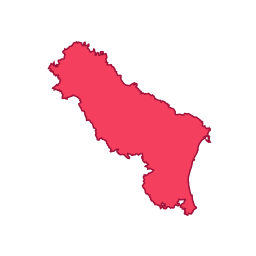 outline of Emilia-Romagna, Bologna, Italy, rotated 29°
{"feature_id": "23120603B93883326437068", "entity_name": "Emilia-Romagna", "entity_type": "district", "adm_level": 2, "iso_a3": "ITA", "parent_name": "Italy", "parent_adm1": "Bologna", "projection": "mercator", "projection_center": [11.577, 44.436], "detail": "fine", "context": "isolated", "style": "filled", "palette": "rose", "viewbox_px": 256, "rotation_deg": 29, "n_neighbors": 0, "source": "geoboundaries", "source_scale": "gbopen_adm2", "svg_char_len": 5797}
<svg xmlns="http://www.w3.org/2000/svg" viewBox="0 0 256 256"><g transform="rotate(29 128 128)"><path d="M29.7,114.5L32.1,114.0L32.7,114.7L32.1,115.6L33.6,115.9L34.2,115.7L34.5,114.9L35.1,114.9L35.6,115.8L36.0,115.7L37.5,117.3L38.5,116.7L39.6,117.4L40.1,116.3L40.8,116.3L41.0,115.5L41.8,116.1L41.9,117.5L42.9,118.1L43.5,117.7L43.6,118.6L44.6,118.2L45.7,118.7L45.5,119.8L46.5,121.0L45.9,123.3L46.0,124.7L44.5,124.7L44.6,125.8L44.0,126.6L43.9,127.8L42.9,128.8L42.8,129.7L44.6,129.2L45.0,130.4L45.9,129.2L49.0,128.9L49.4,128.0L50.5,128.3L50.8,129.0L51.8,128.2L53.7,130.0L54.8,130.2L55.8,133.6L56.3,134.0L58.2,132.4L59.6,132.6L59.7,131.9L60.6,131.9L60.2,131.3L60.4,130.6L63.7,127.0L63.9,125.9L68.4,125.4L72.3,126.1L72.6,127.4L73.7,127.4L74.1,128.2L74.3,128.8L73.3,130.7L74.4,131.9L77.1,133.3L79.3,135.2L81.8,134.6L84.4,137.7L85.1,137.9L85.5,138.7L86.4,138.8L88.0,141.3L90.3,139.9L90.9,140.0L92.9,141.2L94.7,141.2L97.8,144.5L99.6,144.2L100.7,144.8L101.2,145.3L100.8,146.2L102.5,147.9L102.9,148.6L102.7,149.1L103.0,149.9L105.9,151.8L106.7,153.1L108.5,152.7L108.3,151.2L109.6,149.6L110.8,150.3L112.3,149.8L115.7,150.1L116.7,151.6L118.0,152.2L118.4,152.8L120.7,153.6L120.9,154.4L122.4,154.3L123.3,154.8L124.1,155.9L123.7,156.9L124.3,157.2L126.8,155.1L128.0,152.5L129.6,151.3L130.1,151.4L130.1,152.3L129.5,152.6L129.4,153.4L130.5,154.5L132.0,154.6L132.0,155.0L134.2,155.1L136.4,153.5L138.1,153.3L140.9,154.4L143.0,154.5L143.2,154.0L143.9,153.9L143.7,153.1L141.5,152.2L140.1,151.0L140.1,150.3L141.1,150.4L142.5,149.7L144.8,150.1L145.8,149.0L145.7,148.7L147.2,148.0L147.6,146.6L148.3,146.1L150.3,146.6L151.1,145.0L152.6,143.5L154.3,145.0L154.5,145.7L154.0,146.4L154.7,147.5L155.1,147.1L155.2,147.7L156.1,147.8L156.4,148.1L156.0,148.4L157.2,149.5L159.4,150.2L159.9,149.2L160.5,149.0L161.0,149.6L163.4,149.8L163.4,150.9L162.7,151.3L162.6,152.3L161.8,152.5L161.7,153.3L163.2,152.8L164.8,153.4L165.2,154.4L166.7,153.2L166.9,152.5L168.3,152.8L170.5,152.3L171.0,152.6L170.1,155.3L167.9,157.9L167.8,159.3L167.1,160.4L165.7,160.6L166.1,161.6L165.2,161.6L165.5,162.1L165.0,162.8L165.5,163.9L167.6,165.3L167.2,167.0L169.1,168.0L168.6,171.4L169.9,172.5L172.8,173.8L174.6,176.1L175.9,176.7L177.3,176.1L178.3,176.7L179.7,176.3L180.2,177.8L181.8,178.1L182.1,179.2L183.9,180.3L185.0,179.9L187.0,180.9L187.6,180.7L188.6,181.9L190.6,180.9L192.5,181.0L193.7,180.2L194.2,181.4L195.5,182.6L196.3,180.7L197.4,180.5L198.3,181.1L198.8,180.9L198.5,180.7L198.8,180.4L200.4,180.1L200.7,178.3L200.3,178.2L200.5,177.8L202.2,176.9L204.1,177.4L205.0,176.3L206.1,176.2L206.8,175.3L206.3,173.9L206.9,171.8L209.4,171.9L210.4,170.3L209.2,169.2L207.8,169.8L207.3,169.5L207.3,168.0L207.7,167.3L207.1,166.3L207.1,165.4L208.9,165.3L212.7,162.6L213.2,163.2L212.7,164.2L213.2,166.5L212.0,168.3L211.7,171.0L212.3,171.7L213.4,171.1L214.7,172.4L215.8,172.0L216.0,171.0L217.3,170.8L217.3,172.4L218.1,172.5L218.2,173.9L219.0,174.0L218.5,174.6L218.7,175.3L219.2,175.7L221.2,175.2L221.9,175.5L222.5,175.2L222.2,174.3L222.5,173.3L224.8,172.7L225.3,172.0L224.7,171.2L225.4,170.0L225.0,167.8L226.5,164.9L226.3,164.2L224.5,164.1L222.8,163.0L218.9,159.2L216.6,155.7L215.7,156.1L213.6,154.3L208.4,148.1L207.1,145.9L206.5,145.6L204.7,141.9L202.8,134.7L202.2,130.8L200.7,126.2L200.5,124.4L202.1,123.7L200.8,124.2L200.7,123.5L202.1,123.5L200.5,123.5L200.3,122.9L200.3,115.9L199.6,113.3L199.8,113.2L198.5,110.8L198.0,107.3L198.4,102.9L200.5,98.6L199.4,99.7L200.0,98.6L199.2,98.9L200.4,96.8L202.2,96.6L205.3,100.6L206.1,100.8L205.5,101.1L204.4,100.9L202.8,100.3L202.7,100.3L204.1,100.8L203.9,101.0L202.1,100.5L202.5,100.9L205.5,101.3L206.7,100.5L204.3,98.8L203.5,96.1L201.0,95.3L200.5,94.3L200.3,91.4L201.0,90.0L200.0,88.8L199.2,89.2L198.9,88.8L198.8,89.4L197.9,89.4L197.1,90.4L195.1,90.1L194.1,88.9L193.4,89.8L192.6,90.0L191.7,89.6L191.1,87.6L190.2,87.2L190.1,86.6L189.4,86.9L189.1,86.4L188.1,86.7L187.3,86.1L182.6,85.4L180.5,86.3L174.0,86.1L172.7,87.1L170.6,87.7L170.3,88.4L170.5,89.4L169.9,90.0L166.5,91.0L163.5,93.1L162.2,92.9L161.6,91.0L158.8,89.3L153.1,89.9L152.8,89.3L152.9,88.1L151.5,88.4L151.4,87.9L150.2,87.6L149.1,88.2L147.4,87.3L145.0,87.7L144.4,89.2L143.0,88.1L142.5,88.6L140.4,89.2L138.2,89.1L137.7,89.6L135.8,87.9L133.4,87.2L132.6,88.3L129.1,87.8L127.5,89.4L126.5,89.5L126.0,90.4L124.7,90.2L123.2,91.2L123.6,90.4L122.5,90.8L121.8,90.3L121.8,89.8L120.9,90.2L120.1,89.3L118.6,89.5L118.3,88.8L115.1,88.3L115.3,87.2L115.0,85.9L114.2,85.0L113.3,85.5L113.3,86.4L112.4,87.3L112.0,87.0L112.4,86.3L111.9,85.4L110.6,86.9L108.7,90.3L105.3,91.5L102.7,91.2L98.1,88.9L96.5,85.6L95.6,85.7L93.6,87.0L91.0,85.3L90.8,84.4L89.1,84.5L88.1,82.9L85.6,81.7L84.3,82.1L82.8,80.8L79.8,82.6L79.0,82.5L78.4,80.6L76.7,81.1L76.5,79.7L75.1,78.4L75.5,76.8L73.1,73.9L72.3,73.9L70.3,76.1L69.4,76.5L69.1,76.1L69.9,74.4L69.6,73.7L69.1,73.4L67.3,74.4L67.1,75.4L68.4,76.8L68.2,78.0L67.3,78.5L66.2,77.0L64.9,76.8L64.6,77.7L64.7,79.5L64.1,80.2L63.7,80.1L63.6,78.2L61.7,77.3L60.5,75.5L59.8,75.6L60.3,77.5L60.0,78.2L58.1,79.8L55.9,78.2L53.7,77.7L53.5,77.2L54.0,75.2L53.4,74.0L52.8,73.9L52.4,75.6L51.0,76.5L51.0,76.1L50.1,76.1L49.3,74.3L48.7,73.9L48.2,74.8L49.0,77.1L48.1,78.1L46.2,76.2L42.8,77.0L42.6,77.9L41.3,77.8L41.4,78.5L40.7,78.5L39.1,80.3L39.4,81.1L39.0,82.5L39.3,82.8L38.7,84.1L37.7,84.5L37.1,86.3L37.2,87.0L36.5,87.8L36.3,88.7L35.5,89.5L34.4,89.5L34.9,90.5L33.9,92.5L34.7,92.9L34.6,93.5L34.9,93.7L36.3,93.7L36.8,94.4L37.4,94.4L37.8,96.9L38.6,98.2L38.1,99.0L36.3,100.0L36.1,101.2L34.3,102.5L34.5,103.3L36.9,105.0L35.6,107.3L36.5,108.5L35.3,108.7L35.0,109.3L33.3,108.9L32.9,109.3L32.6,108.1L31.5,106.5L31.4,107.6L32.0,108.8L29.6,108.9L29.9,110.9L29.5,111.6L29.7,114.5ZM194.3,176.7L196.7,177.2L197.4,176.7L198.2,178.5L196.5,178.6L195.7,179.6L195.0,179.3L194.1,177.8L194.3,176.7ZM34.7,107.3L34.6,107.7L35.3,107.5L34.7,107.3Z" fill="#f43f5e" stroke="#9f1239" stroke-width="1.5"/></g></svg>